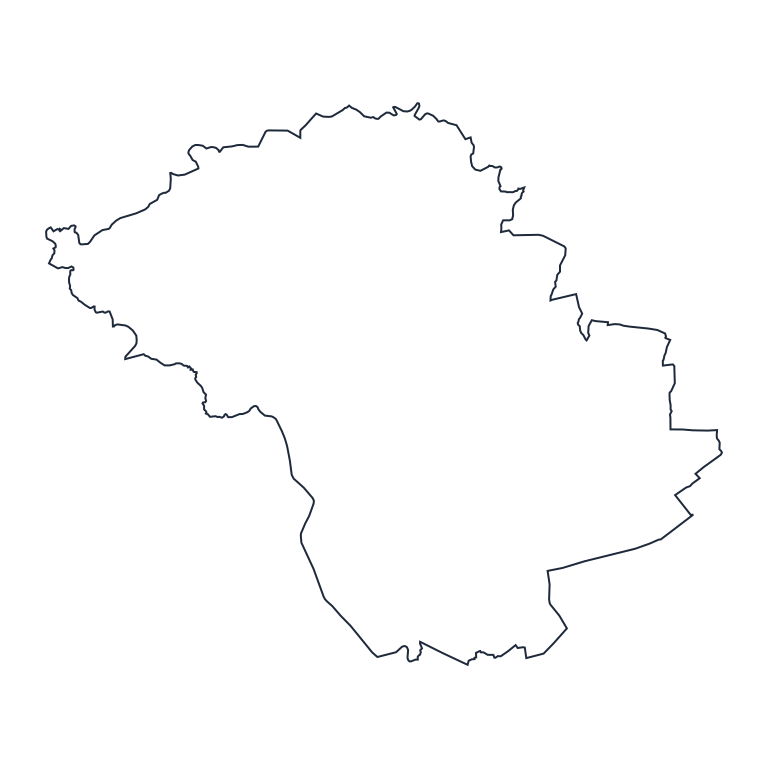 Bien Hoa, Đồng Nai, Vietnam
{"feature_id": "81297802B63438000976754", "entity_name": "Bien Hoa", "entity_type": "district", "adm_level": 2, "iso_a3": "VNM", "parent_name": "Vietnam", "parent_adm1": "Đồng Nai", "projection": "albers", "projection_center": [106.866, 10.914], "detail": "fine", "context": "isolated", "style": "outline", "palette": "slate", "viewbox_px": 768, "rotation_deg": 0, "n_neighbors": 0, "source": "geoboundaries", "source_scale": "gbopen_adm2", "svg_char_len": 6042}
<svg xmlns="http://www.w3.org/2000/svg" viewBox="0 0 768 768"><path d="M470.6,137.4L465.4,139.2L456.5,125.2L448.2,123.0L445.6,121.0L443.6,120.4L439.1,121.6L438.1,121.3L436.5,119.0L433.2,115.8L428.5,113.6L427.0,113.4L425.2,114.2L420.9,119.2L419.4,119.6L414.6,116.0L414.6,115.2L418.8,107.7L419.4,106.0L419.0,103.6L417.9,103.2L417.4,103.2L415.0,106.5L411.8,109.6L409.8,110.8L407.3,111.5L403.4,111.2L395.8,107.2L394.1,106.9L393.2,107.3L396.8,114.0L396.0,115.0L393.7,115.4L389.3,112.7L386.4,112.6L380.6,116.6L378.6,118.7L377.1,118.9L375.1,118.4L373.4,117.1L370.7,117.7L364.2,116.3L360.0,112.2L356.4,109.7L351.9,107.9L349.1,105.6L346.8,107.6L344.9,108.0L342.8,110.0L331.8,116.5L329.0,116.9L323.1,116.6L316.1,113.5L305.5,125.4L300.7,129.9L300.3,130.9L300.3,137.8L287.6,130.6L269.0,130.4L267.2,130.6L265.6,131.7L258.2,146.6L248.4,146.7L242.8,144.9L237.3,145.1L232.1,146.4L223.3,147.3L219.8,151.8L219.2,151.8L218.4,149.9L216.0,147.9L213.5,147.2L211.2,147.0L206.4,148.5L202.7,145.7L198.1,145.0L195.3,145.0L192.3,146.5L189.1,150.1L188.4,152.2L188.6,153.8L190.2,155.7L192.6,160.0L195.8,161.7L198.2,166.7L198.4,168.5L184.8,174.6L178.0,175.5L172.9,174.0L171.3,172.9L170.3,173.0L170.8,178.7L170.2,188.4L168.9,190.8L165.5,192.9L164.5,192.7L162.2,193.4L159.1,195.1L157.2,199.8L149.7,204.0L148.3,206.8L145.2,209.4L136.0,213.4L120.5,218.0L116.2,220.6L111.8,224.6L109.6,228.2L108.6,228.9L102.4,230.1L94.4,235.4L90.0,241.9L87.9,243.9L81.5,244.4L80.5,244.2L79.3,243.0L78.2,235.0L76.5,232.8L74.9,232.3L74.6,231.8L74.6,229.1L75.6,227.0L75.5,226.2L74.1,225.4L71.1,225.9L68.5,228.9L63.9,228.1L60.1,231.2L59.7,230.8L60.3,229.3L59.6,228.8L59.1,229.8L57.5,229.0L53.5,231.3L50.7,227.4L48.5,228.5L46.7,230.1L46.1,231.9L46.4,236.8L47.1,238.6L52.3,241.1L54.1,242.6L55.3,243.8L55.8,246.0L55.6,247.4L53.4,248.5L54.5,250.3L54.3,253.3L52.5,255.3L51.7,258.4L50.6,259.7L49.0,263.4L58.0,268.4L62.4,267.1L65.3,268.0L68.0,268.1L71.5,266.5L73.3,267.5L73.6,269.7L72.9,270.3L71.5,270.1L70.6,270.5L70.2,271.7L70.3,274.6L69.4,276.5L69.0,278.5L69.1,282.5L70.1,285.9L69.8,288.7L71.1,290.0L71.8,293.4L73.0,295.1L77.4,298.1L78.5,300.5L81.1,301.8L84.5,304.6L89.9,308.0L91.0,308.0L93.9,306.4L94.6,306.5L94.5,309.5L95.8,312.3L97.0,312.7L102.4,311.6L103.4,311.8L104.3,312.6L105.5,312.7L108.1,311.4L109.6,311.5L112.7,319.5L112.9,326.5L113.9,326.5L115.1,325.1L117.5,324.4L125.6,325.5L128.5,326.9L132.8,330.5L136.3,335.6L136.7,340.4L136.4,343.5L135.0,346.1L125.4,356.7L125.2,359.1L143.7,354.2L145.4,355.8L148.0,356.4L151.3,358.8L156.5,359.6L160.4,362.7L164.6,365.4L169.6,365.4L174.7,364.2L175.9,363.4L179.2,363.3L181.6,363.9L183.7,365.6L187.0,365.9L188.0,367.4L189.2,366.4L191.4,368.8L190.6,369.0L190.6,369.8L192.8,369.5L193.4,371.5L194.1,372.0L196.6,372.1L196.7,373.4L195.7,374.6L196.2,377.0L195.2,378.3L195.4,379.7L197.3,382.6L201.0,386.1L202.2,387.9L203.6,392.2L206.0,394.6L205.3,398.1L206.1,401.0L205.3,402.2L203.0,402.5L202.5,403.4L204.1,405.8L204.1,409.4L206.2,411.5L206.4,412.6L205.9,413.5L207.9,414.3L210.0,416.8L215.6,416.2L217.4,417.0L219.3,416.8L222.0,417.7L223.9,416.5L224.6,414.8L225.6,414.1L226.6,414.6L228.1,417.1L232.0,417.1L239.5,414.1L242.7,414.0L246.7,412.5L249.2,411.0L250.7,408.5L253.9,406.2L255.9,406.0L257.6,407.2L258.5,409.5L260.3,411.8L264.9,415.6L271.7,416.4L274.2,417.7L276.1,419.3L282.0,431.4L284.9,438.6L287.1,446.1L289.9,460.8L291.7,474.8L293.7,478.7L303.7,487.6L312.6,498.0L313.9,500.7L313.6,503.6L309.1,516.1L305.3,523.3L301.0,533.4L300.8,535.6L301.4,542.7L313.5,568.8L323.7,596.8L325.0,599.2L327.1,601.5L332.1,605.9L340.7,615.8L350.6,625.9L372.2,652.4L377.4,657.0L396.1,652.2L402.2,646.6L404.2,646.1L405.4,646.2L407.0,647.3L408.1,650.1L407.5,657.6L408.0,659.7L409.3,661.3L410.9,661.4L415.5,659.6L417.8,659.6L417.7,657.0L418.5,655.7L420.0,654.7L420.8,652.2L420.2,650.2L422.0,648.4L420.0,643.4L420.1,641.8L442.5,653.0L467.6,664.8L468.7,660.7L471.8,659.3L474.5,659.1L474.5,657.8L476.2,657.4L476.0,652.9L479.4,651.2L480.2,651.0L480.8,652.3L483.6,652.4L487.6,654.8L493.4,654.9L494.3,657.6L495.3,657.8L497.9,656.1L500.7,656.3L508.2,651.1L515.6,645.1L517.7,648.0L523.2,647.2L524.8,647.6L526.3,658.1L543.6,653.6L553.8,643.1L566.9,628.4L559.3,615.6L550.4,604.6L549.7,603.2L549.1,599.4L549.6,584.3L547.6,570.9L562.3,568.0L584.8,561.2L635.3,548.7L649.9,543.5L658.5,539.7L660.8,539.4L693.3,514.6L690.8,515.0L675.1,495.1L686.0,487.6L690.1,486.1L692.3,483.6L699.7,478.2L695.5,473.8L703.4,467.3L719.5,455.7L720.9,454.6L721.9,452.6L721.3,451.2L719.4,449.2L719.7,442.7L718.9,440.9L716.9,438.3L716.7,434.8L717.1,430.1L707.7,430.6L692.7,430.3L682.7,429.5L670.5,429.4L670.4,417.6L670.0,414.5L671.7,411.1L670.6,409.5L670.6,405.0L669.7,400.0L669.5,394.2L669.7,392.5L671.1,391.3L674.8,383.2L674.3,366.0L672.8,364.4L662.9,365.6L662.8,360.7L663.5,359.9L664.5,355.3L665.6,353.2L666.9,347.1L670.2,339.9L665.5,338.1L665.3,337.7L666.0,336.5L665.1,333.5L657.4,330.0L648.1,328.5L629.5,326.6L623.4,325.7L619.6,324.4L614.7,324.1L607.7,325.1L608.0,322.2L595.5,321.1L591.8,320.2L588.6,326.1L588.2,333.0L589.4,335.5L586.6,340.4L585.7,339.6L583.3,335.0L581.2,333.0L580.2,330.6L579.7,326.1L578.1,324.6L577.7,323.0L578.4,321.7L578.9,319.2L580.1,317.8L582.2,313.6L579.0,307.1L576.1,294.1L552.5,299.7L550.5,300.5L550.7,296.1L551.5,294.7L553.3,289.4L555.7,286.7L555.1,281.8L556.4,280.5L557.3,274.8L560.0,271.7L560.0,265.4L565.2,255.3L565.7,248.4L564.3,246.4L542.9,235.7L538.4,234.8L513.5,235.3L509.0,230.4L501.0,232.1L501.4,228.3L501.2,224.6L503.1,220.3L509.7,220.3L512.2,219.2L513.1,215.5L512.8,209.7L513.9,205.3L515.7,202.6L520.9,198.3L520.8,196.6L521.6,195.5L521.5,194.4L522.3,192.6L523.6,191.6L523.1,190.4L524.2,187.5L520.2,188.9L518.4,188.6L518.3,189.4L516.8,190.9L515.2,191.1L513.0,192.2L506.5,192.1L505.8,191.6L501.0,191.4L499.4,189.0L499.6,187.0L500.5,186.2L498.3,180.8L498.5,177.2L500.4,169.5L501.3,169.3L501.6,168.4L501.2,167.2L499.7,166.5L497.2,167.4L494.9,167.5L492.4,166.0L490.0,166.0L489.3,165.5L488.2,166.8L480.4,170.8L475.3,169.6L472.1,166.1L471.1,161.8L470.6,156.4L471.4,154.4L473.2,153.5L474.0,146.9L473.6,145.2L471.6,142.7L470.6,137.4Z" fill="none" stroke="#1e293b" stroke-width="2"/></svg>